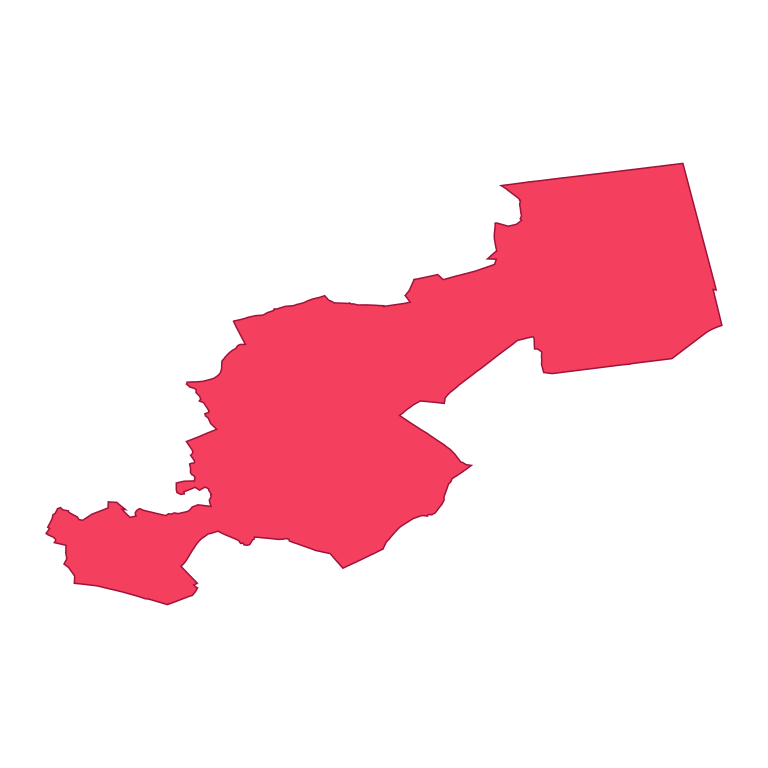 Džūkstes pag., Tukums, Latvia (Natural Earth projection)
{"feature_id": "27541924B93568350942485", "entity_name": "Džūkstes pag.", "entity_type": "district", "adm_level": 2, "iso_a3": "LVA", "parent_name": "Latvia", "parent_adm1": "Tukums", "projection": "natural_earth1", "projection_center": [23.27, 56.788], "detail": "fine", "context": "isolated", "style": "filled", "palette": "rose", "viewbox_px": 768, "rotation_deg": 0, "n_neighbors": 0, "source": "geoboundaries", "source_scale": "gbopen_adm2", "svg_char_len": 5897}
<svg xmlns="http://www.w3.org/2000/svg" viewBox="0 0 768 768"><path d="M54.3,542.6L66.0,545.3L65.9,547.5L65.9,552.5L65.7,552.5L66.8,558.8L64.0,564.0L68.7,567.6L74.7,576.1L74.3,583.3L81.4,584.0L97.4,585.9L107.1,588.3L111.0,589.2L119.8,591.3L121.9,591.8L139.6,596.8L145.4,598.8L147.5,598.9L150.6,599.6L167.4,604.6L174.0,602.2L189.1,596.4L192.4,595.4L195.2,591.9L195.8,591.1L197.6,587.9L195.8,586.9L193.7,584.9L195.9,584.0L197.3,583.2L189.2,574.9L180.9,566.2L181.5,565.8L183.3,564.1L184.7,562.5L185.5,561.5L186.8,559.6L193.7,548.2L193.9,548.3L195.2,546.1L198.2,542.0L201.0,539.1L203.6,537.1L203.8,537.2L208.1,534.0L212.2,533.0L218.0,531.2L223.7,534.1L236.1,539.3L237.2,539.8L238.7,540.6L240.6,543.4L243.1,543.1L243.9,544.8L245.6,545.1L247.5,545.2L249.7,544.6L252.6,540.0L254.3,538.9L254.6,537.0L262.4,537.8L269.1,538.4L278.4,539.4L283.0,539.2L284.8,538.8L287.4,538.6L287.5,538.9L288.9,539.1L289.3,541.0L294.1,542.8L295.8,543.3L314.1,549.8L315.6,550.5L319.3,551.2L322.6,552.0L330.2,553.6L335.6,559.9L336.4,560.8L342.9,568.2L362.3,559.1L371.0,554.8L371.0,554.7L372.6,554.2L382.3,549.3L382.8,549.3L386.0,542.7L385.9,542.6L386.0,542.4L387.0,541.3L389.8,538.4L390.7,537.1L393.4,534.1L395.2,531.9L399.3,527.7L400.6,526.6L404.4,524.1L413.1,518.6L419.4,516.4L420.8,515.8L422.9,515.5L427.6,516.1L427.7,515.4L428.0,514.9L428.7,514.5L431.8,514.8L435.3,512.8L441.4,504.8L441.6,504.8L444.0,500.3L444.1,499.9L444.1,498.2L444.0,497.8L444.0,497.1L444.2,496.3L446.4,490.3L447.6,486.7L447.9,485.9L448.6,484.0L449.7,482.9L450.5,482.1L450.9,481.7L451.3,480.7L451.9,478.9L452.2,478.6L456.3,476.0L463.2,471.4L471.4,465.4L466.2,464.7L462.9,462.6L460.8,462.0L454.7,454.0L450.2,449.4L444.8,445.6L444.9,445.4L428.9,434.7L428.4,434.2L427.6,433.6L421.1,429.7L410.0,422.5L399.6,415.5L400.7,414.5L403.5,412.6L404.5,411.5L407.6,409.0L410.2,407.3L413.1,405.0L420.2,401.0L433.0,402.1L444.3,403.4L445.0,398.7L445.1,398.1L446.9,395.7L449.3,393.2L452.5,390.4L452.6,390.5L457.7,386.3L458.2,385.8L458.2,385.6L473.0,374.4L477.5,370.8L477.8,370.7L480.4,368.9L481.2,368.3L499.7,353.9L513.3,343.8L513.3,343.6L517.5,340.4L525.4,338.5L525.7,338.3L533.0,336.7L534.2,338.7L534.3,344.7L534.5,348.7L534.6,349.0L534.8,349.0L537.3,348.9L540.8,351.2L541.7,352.0L541.5,358.0L541.8,359.4L541.5,364.6L542.4,367.5L543.6,372.3L543.7,372.5L552.2,373.6L590.2,368.8L590.6,368.8L618.9,365.2L625.5,364.5L629.6,364.2L630.3,364.0L630.3,363.8L634.0,363.3L671.9,358.6L704.3,334.0L707.5,331.7L710.7,329.9L713.6,328.5L717.0,327.1L721.9,325.4L713.1,289.4L716.2,290.0L715.1,285.6L682.9,163.4L604.9,172.9L560.1,178.2L538.3,180.9L528.3,182.0L527.9,182.0L527.3,182.2L501.1,185.6L507.2,189.4L507.2,189.7L507.5,190.0L518.0,197.9L518.7,198.3L519.5,199.9L519.6,200.0L520.0,200.1L519.7,200.5L520.4,201.2L520.3,201.6L519.6,204.1L519.7,204.4L519.8,205.2L519.8,205.4L520.2,207.5L521.0,213.7L521.5,215.8L520.2,218.8L521.7,220.3L516.4,224.3L511.4,225.5L508.3,226.2L497.8,223.3L497.5,223.1L495.4,223.1L495.4,223.5L495.1,223.5L495.2,225.5L495.1,226.6L494.7,230.4L494.3,234.3L494.3,238.6L495.8,246.9L496.4,249.4L496.5,250.6L496.7,251.2L496.1,251.3L495.6,251.7L491.4,255.3L487.5,258.9L496.3,259.2L495.1,262.6L494.6,264.4L475.3,271.1L458.6,275.5L456.3,276.0L443.8,279.5L443.0,279.5L440.4,277.0L437.7,274.6L417.6,278.9L413.9,279.5L413.8,280.3L410.2,288.4L409.7,289.7L408.5,291.4L406.0,294.5L405.4,295.5L405.2,295.6L405.4,295.8L410.2,302.1L405.1,303.3L387.1,305.9L383.7,306.5L383.9,305.7L380.6,305.6L373.9,305.2L366.3,304.9L358.1,305.0L353.4,303.9L350.8,303.9L349.7,302.9L348.9,303.4L334.2,302.9L331.3,301.2L331.0,301.2L328.6,300.1L324.7,295.7L320.2,297.2L312.7,299.0L308.2,300.6L304.9,302.2L303.1,302.9L299.8,303.8L297.0,304.4L294.3,305.4L291.8,305.9L290.9,305.9L285.5,306.3L276.3,309.1L274.7,308.9L274.6,309.4L273.9,309.3L273.4,310.6L269.6,311.9L268.0,312.4L266.9,312.9L263.1,315.1L255.7,315.6L247.2,317.5L246.8,317.7L245.2,318.3L241.2,319.4L235.1,320.8L234.8,320.7L233.5,321.2L236.1,326.8L237.7,329.7L240.1,334.4L245.4,344.4L240.8,344.4L240.0,344.5L237.7,345.6L235.9,348.2L234.2,349.4L232.4,350.3L229.0,353.0L226.8,355.3L225.0,357.3L223.0,360.0L222.6,360.1L221.9,361.3L221.6,368.6L220.7,371.8L219.9,373.5L218.2,375.2L217.1,376.1L214.1,378.2L210.4,379.4L203.0,381.3L197.1,381.8L193.0,382.0L193.0,381.9L187.2,382.2L187.3,382.4L186.4,384.0L190.0,387.1L194.1,388.3L196.1,389.5L196.0,392.5L197.5,394.2L199.4,395.9L200.8,399.3L199.7,400.3L199.2,400.9L199.2,401.0L203.3,402.5L203.6,402.6L207.5,408.5L208.0,409.5L209.0,410.9L208.8,411.0L208.5,411.4L208.7,412.5L205.1,413.6L204.8,413.8L205.0,414.2L205.4,414.7L205.3,415.8L208.2,418.0L210.7,423.6L216.7,429.3L206.0,433.6L199.1,436.6L186.4,441.5L188.8,445.1L191.0,448.4L191.8,449.3L193.0,452.3L191.9,454.0L190.8,455.4L190.7,455.4L194.7,461.2L194.0,463.1L192.0,463.1L189.7,463.9L189.7,464.9L190.5,467.8L190.5,472.8L192.1,474.9L192.6,474.8L194.8,476.8L194.5,480.9L191.7,481.0L184.1,481.2L177.1,482.8L176.9,483.0L176.3,483.0L176.3,489.7L177.0,492.6L180.8,494.4L184.4,493.8L183.8,491.9L193.8,487.9L194.8,487.1L199.6,490.2L204.8,487.2L205.0,487.2L205.3,487.3L208.5,488.6L208.5,488.9L208.6,490.0L211.4,494.6L210.7,494.8L211.2,496.6L209.3,500.0L209.8,502.9L211.1,506.4L202.8,505.4L198.0,504.8L192.2,507.0L190.6,509.0L189.1,510.6L187.9,511.2L185.7,511.9L178.1,513.6L174.4,512.9L170.8,514.2L168.6,513.7L165.7,515.6L143.4,510.3L140.0,508.7L138.6,509.1L136.5,510.7L135.3,512.7L135.4,514.5L136.0,516.1L130.6,517.2L129.9,517.3L124.3,511.8L122.1,509.2L125.5,509.6L119.1,504.4L116.9,502.4L108.2,501.9L108.3,502.8L108.2,504.6L108.0,508.0L107.3,508.2L104.6,509.3L91.9,514.2L91.6,514.4L82.7,520.3L79.0,519.6L77.3,516.9L70.8,513.5L68.5,511.9L68.4,510.8L62.8,509.9L60.6,507.6L57.4,508.7L57.1,509.8L54.9,513.7L53.1,514.5L52.0,518.9L51.3,520.4L47.7,527.3L49.6,528.5L46.1,533.4L46.4,533.8L47.0,534.0L48.2,534.9L49.3,535.3L51.4,536.4L52.9,536.9L54.3,538.1L55.1,538.8L55.7,539.9L55.5,540.6L55.2,541.4L54.3,542.6Z" fill="#f43f5e" stroke="#9f1239" stroke-width="1.5"/></svg>